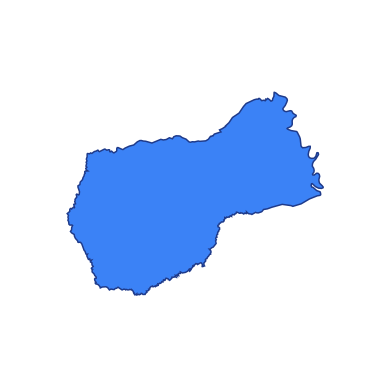 outline of Bugalagrande, Valle del Cauca, Colombia, rotated 124°
{"feature_id": "7082276B64894766259605", "entity_name": "Bugalagrande", "entity_type": "district", "adm_level": 2, "iso_a3": "COL", "parent_name": "Colombia", "parent_adm1": "Valle del Cauca", "projection": "mercator", "projection_center": [-76.061, 4.201], "detail": "fine", "context": "isolated", "style": "filled", "palette": "blue", "viewbox_px": 384, "rotation_deg": 124, "n_neighbors": 0, "source": "geoboundaries", "source_scale": "gbopen_adm2", "svg_char_len": 6068}
<svg xmlns="http://www.w3.org/2000/svg" viewBox="0 0 384 384"><g transform="rotate(124 192 192)"><path d="M213.1,295.6L216.0,296.6L216.3,297.9L217.6,298.3L218.5,300.1L219.1,300.2L221.5,298.6L223.8,298.0L225.0,296.4L226.5,296.4L227.2,295.3L229.6,294.5L230.0,294.2L230.2,293.0L231.8,293.3L232.7,292.1L232.8,290.2L234.3,292.1L235.0,292.3L235.6,292.0L236.1,291.1L237.3,291.2L239.1,290.5L240.9,290.4L243.0,289.7L246.3,290.2L248.6,289.1L250.6,290.0L251.7,289.3L254.7,285.4L256.8,284.3L257.5,284.2L257.9,284.6L258.1,286.3L258.9,286.5L260.6,284.7L263.4,284.9L264.7,284.0L265.5,283.9L266.9,282.0L268.4,283.1L270.6,280.7L270.9,280.8L271.0,281.8L273.4,282.3L273.3,283.2L273.8,283.6L274.9,283.5L276.5,282.5L279.7,283.4L280.4,281.4L282.2,280.8L283.3,279.5L284.8,279.1L285.5,277.8L287.6,275.9L287.7,274.7L286.5,273.1L286.5,272.3L288.7,271.9L290.7,270.7L292.7,270.7L293.2,268.9L293.1,265.9L294.5,264.6L295.7,262.6L296.4,259.7L297.4,258.4L297.2,257.8L296.2,256.7L296.1,256.1L296.7,254.3L300.7,248.8L301.0,247.5L302.7,245.3L302.7,244.7L302.0,243.9L303.0,243.9L303.9,243.3L305.8,240.2L305.7,239.9L304.7,239.4L305.8,238.1L304.7,237.2L306.3,237.3L306.8,237.0L306.6,235.5L308.4,234.1L308.9,232.3L311.5,232.8L311.9,232.2L311.7,231.1L312.6,231.1L314.1,230.1L314.7,227.3L315.6,225.9L316.0,224.1L316.5,223.5L317.2,223.2L317.8,224.1L318.6,224.1L319.9,222.8L320.5,220.9L320.8,220.8L321.6,221.3L322.0,220.5L321.4,218.8L321.3,217.6L321.9,215.5L322.8,214.4L321.0,213.3L318.7,210.4L318.4,208.6L319.4,205.7L317.8,204.9L316.5,202.0L314.8,201.6L314.0,200.7L312.3,200.1L312.3,195.2L310.7,194.2L310.1,193.1L310.3,192.3L309.3,191.7L309.1,190.5L308.3,189.5L307.5,189.1L307.2,188.1L306.7,187.8L307.0,187.4L306.7,186.9L307.0,186.5L307.2,185.1L308.1,184.2L308.1,183.5L308.6,183.5L309.2,181.9L308.5,181.6L308.5,180.9L307.2,180.8L308.0,180.0L306.5,178.9L306.7,178.3L305.5,177.4L304.5,177.5L304.1,176.8L304.4,175.4L303.1,173.6L302.3,173.9L300.3,173.3L299.6,174.4L298.7,173.4L297.7,172.9L297.4,172.9L296.8,173.6L296.1,172.8L294.8,173.4L293.2,173.1L292.7,172.3L292.2,172.3L292.4,171.4L292.1,171.0L291.2,170.6L291.1,170.1L290.2,169.7L290.8,169.6L290.9,169.4L289.7,168.9L288.3,167.8L287.2,168.9L286.9,168.1L285.7,167.9L285.4,167.1L284.7,166.8L283.2,166.9L282.9,165.8L280.8,166.5L280.3,166.2L280.6,165.2L280.3,165.0L278.0,165.3L277.3,163.4L277.9,162.6L277.6,162.0L277.7,161.1L274.6,160.5L273.9,161.0L272.6,159.2L271.8,159.1L271.5,157.5L270.4,159.0L270.3,158.2L269.2,158.1L269.6,157.1L268.8,157.6L268.5,157.5L268.5,156.6L267.6,157.6L267.1,157.6L266.0,156.1L264.8,157.0L264.5,154.7L262.2,152.4L260.0,151.3L258.5,151.2L259.0,149.6L257.9,149.5L257.2,151.0L256.7,150.7L257.0,150.1L256.7,149.4L255.5,149.7L254.2,149.4L252.7,150.1L252.2,149.9L252.6,149.1L252.2,148.9L251.5,149.1L249.2,148.8L249.0,148.4L249.0,146.9L248.3,147.0L248.0,146.2L247.3,146.1L245.7,145.1L245.6,144.3L246.4,142.8L248.1,141.9L247.9,141.4L246.3,140.3L246.1,141.0L244.3,142.4L241.5,142.1L241.3,142.5L240.9,142.6L240.5,143.1L239.1,142.8L238.8,142.4L236.9,142.7L236.0,142.4L234.0,142.5L233.0,141.8L232.3,142.5L231.2,142.6L230.3,143.4L229.7,145.7L229.2,144.9L227.4,144.6L225.8,143.6L221.2,143.2L219.2,145.2L218.0,145.1L217.5,146.2L216.9,146.5L216.0,146.5L215.4,146.1L215.0,146.9L213.7,147.4L212.6,147.1L211.9,147.8L210.7,148.2L210.2,147.9L209.6,147.9L209.0,148.4L207.6,148.2L206.2,149.2L206.1,150.4L206.3,151.0L205.2,151.9L204.0,151.3L202.8,151.8L201.7,151.0L200.9,151.0L200.1,150.6L199.6,149.6L198.7,149.3L197.9,149.3L197.5,150.0L197.1,149.7L195.8,149.8L194.9,150.5L194.8,149.3L193.5,149.4L192.9,148.0L192.0,147.6L191.8,146.9L190.7,147.1L190.3,147.0L190.1,145.6L189.8,145.9L188.0,145.9L187.3,144.2L186.1,144.2L185.7,143.7L185.1,143.5L183.9,143.9L183.4,142.8L183.1,140.8L182.5,140.0L181.9,140.0L181.8,139.2L181.4,138.7L181.3,136.8L180.2,136.6L180.1,136.0L179.6,135.9L179.4,134.8L178.7,134.8L178.0,135.5L178.4,133.1L177.1,130.4L177.1,129.8L173.3,127.9L173.1,126.8L172.3,125.4L169.7,123.4L169.0,123.1L166.5,122.9L163.8,120.1L160.0,117.3L151.8,110.3L147.9,102.3L147.5,100.4L140.8,94.9L132.0,90.7L125.1,86.0L123.2,84.0L122.3,83.8L121.0,84.8L120.2,86.0L121.1,89.4L120.5,94.2L120.9,95.7L119.8,97.0L118.3,97.5L117.8,97.0L118.5,92.6L118.1,89.4L116.6,86.6L115.1,85.7L114.5,86.1L114.0,87.6L113.4,91.1L112.3,92.5L110.9,93.7L107.6,94.9L106.3,96.3L106.0,97.8L106.5,98.9L107.0,99.3L109.6,100.2L110.3,101.3L109.8,102.1L107.2,102.1L105.7,102.9L104.3,104.4L103.3,106.7L101.2,107.9L98.8,108.3L95.6,107.8L90.7,108.0L90.1,108.1L89.0,109.2L89.2,110.0L89.7,110.4L93.2,109.3L95.2,109.6L96.0,110.0L97.2,111.6L97.6,112.5L97.8,113.9L97.2,115.4L95.8,116.7L93.0,117.9L89.4,118.6L88.0,119.5L88.8,120.7L91.4,122.5L93.5,125.1L93.2,126.7L92.7,127.5L87.5,131.9L86.2,133.5L83.5,138.3L83.4,139.2L85.7,144.3L86.4,147.6L86.3,148.6L85.6,148.6L83.0,146.9L81.3,146.4L79.7,146.8L77.2,148.6L76.1,149.1L75.0,149.3L73.0,149.0L71.4,148.0L70.2,148.5L70.3,152.1L69.1,154.7L69.7,156.1L72.7,158.8L73.2,160.1L73.2,161.6L72.7,162.7L71.9,163.3L68.1,163.1L64.4,163.7L62.5,164.3L61.5,165.6L61.2,167.8L63.4,174.0L63.0,177.4L63.2,179.3L63.5,179.6L66.9,177.6L69.7,177.2L71.1,176.5L72.5,177.3L72.1,179.5L72.1,181.6L73.6,182.0L73.7,182.7L74.7,182.2L75.5,182.4L75.5,183.5L77.3,185.3L76.7,188.3L77.3,189.1L78.0,189.0L79.0,190.5L80.7,192.0L88.4,196.6L92.4,197.1L100.2,197.1L107.6,200.1L113.9,200.1L118.7,201.2L118.9,200.8L122.7,202.4L125.1,203.9L126.0,201.6L131.5,205.9L133.8,206.0L134.0,206.7L135.0,206.9L135.5,207.8L139.1,207.9L141.9,209.2L145.6,213.8L146.3,215.4L149.1,218.0L150.1,219.8L151.8,221.3L152.1,222.6L151.5,226.5L152.4,230.6L152.3,233.0L152.7,234.0L154.3,236.6L156.4,238.0L158.8,238.0L159.7,241.1L162.9,242.7L164.9,244.9L165.8,247.3L173.8,252.6L175.8,258.7L177.0,260.9L177.7,262.9L178.5,264.0L181.0,265.4L185.6,266.6L189.0,269.6L193.1,272.1L195.3,272.9L195.7,273.6L196.5,278.1L197.0,278.8L198.2,278.6L199.8,277.5L200.6,277.4L203.2,278.6L203.4,279.5L203.1,281.5L204.2,282.0L204.5,282.4L204.4,282.9L203.5,283.5L203.2,284.0L203.6,284.8L205.0,286.0L205.1,288.2L205.6,288.7L210.3,291.3L210.4,292.1L209.9,293.2L210.2,293.7L211.5,294.2L213.1,295.6Z" fill="#3b82f6" stroke="#1e3a8a" stroke-width="1.5"/></g></svg>